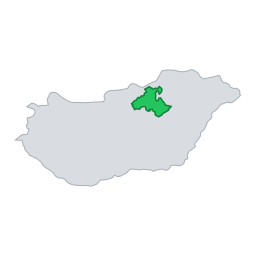 Heves highlighted on a map of Hungary
{"feature_id": "HUN-3174", "entity_name": "Heves", "entity_type": "County", "adm_level": 1, "iso_a3": "HUN", "parent_name": "Hungary", "parent_adm1": "", "projection": "robinson", "projection_center": [20.209, 47.788], "detail": "fine", "context": "in_parent", "style": "filled", "palette": "green", "viewbox_px": 256, "rotation_deg": 0, "n_neighbors": 0, "source": "natural_earth", "source_scale": "10m", "svg_char_len": 4076}
<svg xmlns="http://www.w3.org/2000/svg" viewBox="0 0 256 256"><path d="M215.8,76.0L219.0,75.7L219.8,75.9L220.4,77.8L220.5,78.0L221.2,79.2L222.0,80.9L223.1,82.2L225.5,82.7L228.7,84.3L230.8,87.3L233.9,88.5L234.2,88.5L234.8,88.4L237.0,88.3L237.4,88.9L239.2,90.3L240.0,91.6L239.6,93.0L240.0,94.5L240.6,95.0L239.8,96.0L234.1,101.2L231.9,102.5L230.4,102.8L228.0,102.3L225.5,102.7L223.4,103.8L221.4,104.1L219.8,105.4L217.9,108.2L215.5,110.6L213.1,112.1L211.8,113.4L211.7,117.9L210.4,119.2L208.5,120.6L207.6,121.7L204.8,128.6L202.7,130.8L200.7,132.5L200.4,134.1L200.5,135.9L198.2,139.4L195.2,143.1L194.7,144.6L195.4,146.6L192.5,149.0L190.9,150.1L189.5,150.7L188.6,152.1L187.2,155.7L187.6,157.3L187.7,158.8L185.2,159.6L184.5,161.3L183.9,163.3L182.9,164.2L180.2,165.8L173.4,165.1L170.9,165.7L170.1,166.9L169.9,167.8L169.1,168.7L167.5,169.9L166.0,170.4L162.4,169.0L154.8,170.4L153.5,171.4L152.5,170.7L150.8,170.0L143.2,169.2L140.2,169.8L136.2,169.6L132.5,168.9L129.7,169.5L127.3,172.3L126.1,173.2L125.1,173.8L123.0,174.7L121.3,175.8L118.9,176.5L116.8,176.4L114.9,175.2L114.2,175.5L113.5,176.6L112.5,177.6L109.5,178.7L108.8,178.7L108.6,178.7L106.3,179.6L102.6,180.1L100.7,179.7L97.3,183.7L96.2,184.4L93.0,185.6L90.4,186.2L88.1,185.7L87.2,185.6L77.1,185.4L71.9,184.6L68.5,183.1L66.3,181.4L65.2,179.5L62.7,178.3L58.5,177.9L55.4,176.1L53.1,172.7L50.1,170.1L46.2,168.1L43.1,165.4L40.9,161.8L36.8,158.6L30.9,155.8L29.2,155.1L28.8,154.2L26.0,150.7L24.8,149.4L24.9,147.6L24.4,146.6L23.3,145.9L22.8,143.4L22.5,141.5L21.7,140.3L15.4,140.0L20.8,135.5L23.4,134.3L26.5,134.5L27.5,134.1L27.7,133.4L28.3,132.0L28.6,130.6L28.9,129.3L28.6,128.5L27.1,128.3L26.4,125.1L27.2,123.9L28.0,123.0L27.1,119.1L27.4,117.8L29.8,117.6L31.8,116.7L33.5,115.8L33.9,114.6L35.3,112.1L34.1,109.1L27.3,107.1L26.9,106.4L28.6,105.5L30.3,104.3L31.3,103.3L32.6,103.2L34.5,103.7L37.8,105.9L39.0,106.2L40.3,105.5L41.6,105.4L45.2,105.5L48.3,105.0L47.7,102.6L47.7,100.9L47.2,99.6L47.6,98.1L48.8,96.9L49.3,94.3L51.2,92.6L52.1,92.3L55.5,92.6L56.3,93.1L56.8,93.2L62.2,97.5L67.2,100.7L71.4,102.4L77.6,102.5L84.1,102.7L95.1,102.1L103.3,101.7L103.8,100.9L105.1,98.9L104.1,97.3L104.2,95.3L105.6,92.8L109.6,90.7L121.2,89.8L127.9,88.2L128.9,86.1L131.1,84.0L133.2,83.6L135.9,84.5L139.2,86.4L142.2,87.4L143.9,86.7L149.8,83.6L156.5,80.6L161.2,72.3L161.7,70.9L166.7,70.0L174.1,70.2L177.9,71.2L180.7,71.8L185.0,71.6L191.1,69.8L193.3,69.9L195.1,71.2L197.0,72.2L198.4,73.6L199.4,75.4L199.9,76.2L200.8,77.1L202.3,78.4L203.8,78.8L215.2,76.5L215.8,76.0Z" fill="#d9dde1" stroke="#a8b0b8" stroke-width="1"/><path d="M171.1,106.4L170.9,106.7L170.8,107.1L170.3,107.7L169.4,108.0L169.0,108.3L169.2,108.8L169.1,109.0L168.8,109.3L168.5,109.4L168.5,109.6L168.3,110.4L162.5,113.7L162.2,114.1L162.0,114.9L161.6,115.3L160.4,115.6L160.2,115.8L159.8,116.3L159.5,116.5L158.6,116.7L157.9,116.5L156.0,115.4L155.4,114.8L155.0,114.1L155.3,113.2L154.7,111.8L153.4,111.3L152.8,110.5L152.4,109.5L152.0,109.2L148.9,109.9L149.2,110.5L149.7,110.8L148.1,111.2L146.3,110.2L145.7,108.6L145.5,106.9L144.2,106.5L142.6,106.9L141.8,106.8L141.3,107.2L139.5,109.3L139.1,109.3L138.3,108.8L136.5,108.9L134.7,109.6L134.2,109.1L134.2,108.4L133.3,107.1L132.7,106.5L132.3,105.7L132.7,105.2L132.9,104.6L132.5,104.6L132.1,104.4L131.6,103.7L134.7,100.6L136.0,100.3L137.7,97.8L138.6,97.3L139.7,97.8L140.5,97.3L140.8,96.6L141.3,95.9L141.9,95.9L142.3,96.3L143.2,95.8L144.1,95.1L144.2,94.1L144.6,93.1L145.4,92.5L146.4,92.4L146.2,91.0L145.5,89.9L145.1,89.7L144.8,89.5L145.0,88.9L145.5,88.7L146.4,88.5L147.2,87.8L148.1,87.4L148.3,87.1L148.7,87.0L149.4,86.7L150.2,87.3L150.8,87.9L151.4,87.9L151.8,88.0L152.3,88.6L152.8,89.0L154.0,89.0L154.9,88.3L156.1,88.2L157.2,88.9L159.3,86.5L161.1,88.1L161.7,88.6L161.9,89.6L161.8,90.5L161.3,92.2L159.9,93.5L159.5,94.1L158.6,93.2L158.6,92.0L158.2,91.2L156.7,90.9L156.2,92.4L155.3,92.8L155.5,94.1L155.9,95.7L155.5,97.4L155.5,99.1L156.3,100.7L157.7,100.7L158.5,99.9L158.5,98.7L159.2,98.0L160.3,97.8L160.6,98.1L160.9,98.3L163.0,101.5L164.5,103.0L165.0,104.3L165.7,105.2L169.3,105.9L170.1,106.3L171.1,106.4Z" fill="#22c55e" stroke="#15803d" stroke-width="1.5"/></svg>